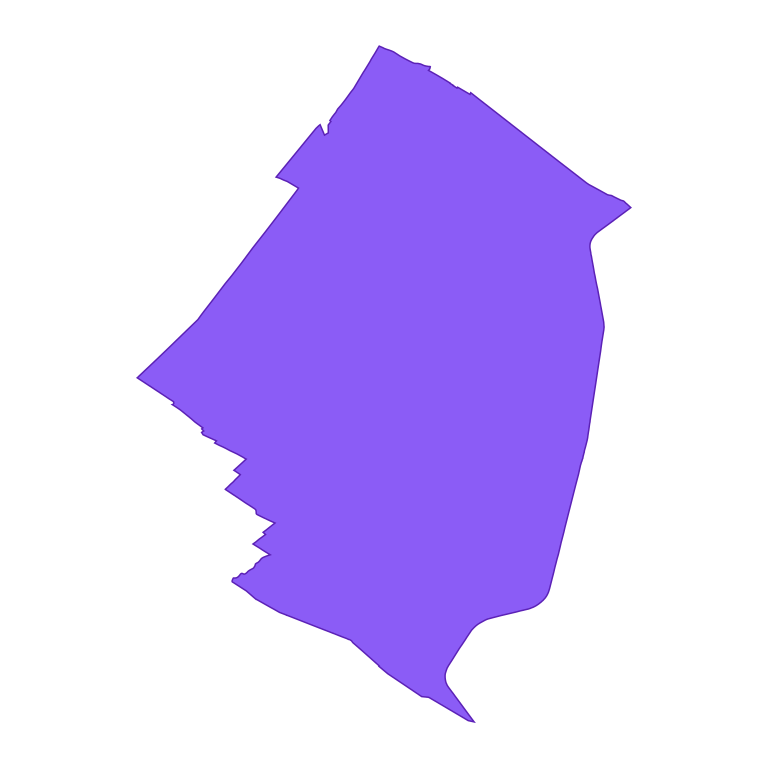 Lisse, Zuid-Holland, Netherlands (Equal Earth projection)
{"feature_id": "6326949B71801070478852", "entity_name": "Lisse", "entity_type": "district", "adm_level": 2, "iso_a3": "NLD", "parent_name": "Netherlands", "parent_adm1": "Zuid-Holland", "projection": "equal_earth", "projection_center": [4.545, 52.254], "detail": "fine", "context": "isolated", "style": "filled", "palette": "violet", "viewbox_px": 768, "rotation_deg": 0, "n_neighbors": 0, "source": "geoboundaries", "source_scale": "gbopen_adm2", "svg_char_len": 6009}
<svg xmlns="http://www.w3.org/2000/svg" viewBox="0 0 768 768"><path d="M630.8,207.6L626.8,203.9L626.1,203.4L624.8,202.1L624.1,201.4L623.5,201.0L623.3,200.9L620.8,200.2L614.3,197.0L612.6,196.1L611.7,195.6L610.9,195.4L609.4,195.2L608.9,195.1L607.4,194.7L599.7,190.4L591.6,186.0L589.9,185.1L588.6,184.4L587.7,183.7L586.7,183.1L583.9,180.9L559.2,161.8L537.5,144.9L493.6,110.6L478.7,99.0L472.9,94.4L470.7,92.7L470.0,94.4L459.2,88.1L457.6,87.2L457.0,88.1L453.1,85.6L453.3,85.4L452.7,85.0L450.1,83.4L450.2,83.1L448.2,81.9L442.7,78.5L437.9,75.7L436.0,74.6L431.2,71.9L428.5,70.4L429.5,69.3L429.8,68.8L430.3,66.7L430.0,66.5L429.3,66.5L428.9,66.5L428.2,66.4L425.8,66.0L424.3,65.6L423.5,65.3L422.2,64.7L420.6,64.0L418.7,63.6L417.9,63.4L415.8,63.4L414.3,63.3L413.8,63.1L412.9,62.8L408.1,60.4L405.2,58.9L399.6,55.8L394.4,52.4L393.8,52.0L391.6,51.0L390.2,50.5L389.4,50.2L386.0,49.1L384.4,48.5L382.9,47.7L379.2,46.1L378.6,47.0L375.4,52.5L372.0,58.0L371.2,59.3L370.1,61.4L367.3,66.0L365.4,69.1L364.6,70.4L363.4,72.2L355.7,85.1L354.0,88.0L353.7,88.4L353.1,89.3L351.0,91.9L345.5,99.5L342.8,103.0L340.8,105.5L339.1,107.4L337.7,109.0L336.8,110.6L335.7,112.6L334.9,113.5L332.4,116.7L329.9,120.5L330.9,121.5L328.6,124.5L328.2,125.1L328.3,132.9L324.5,135.1L320.7,126.1L320.1,124.7L318.6,125.9L318.5,126.0L316.0,128.4L293.8,155.5L276.1,177.1L279.9,178.3L283.5,180.0L287.3,181.5L298.5,188.1L297.0,190.3L276.6,217.2L266.7,230.1L265.4,231.8L255.1,244.9L252.6,248.1L241.3,263.3L231.7,275.7L225.3,283.5L213.5,299.0L204.3,310.9L201.5,314.6L197.8,319.7L188.8,328.4L183.2,333.8L169.4,347.2L164.2,352.2L155.5,360.5L137.2,377.8L140.7,380.1L141.6,380.7L162.1,394.2L169.0,398.8L173.6,401.7L173.6,402.3L173.8,402.9L173.8,403.2L173.8,403.4L173.5,403.8L173.2,404.3L172.3,404.6L176.5,407.3L180.3,409.9L184.4,413.2L191.4,418.9L194.9,422.0L202.9,427.9L201.7,428.9L203.7,431.0L201.6,432.4L203.1,434.8L203.6,435.0L206.8,436.5L216.5,440.9L214.7,443.0L219.2,445.3L223.2,447.1L225.8,448.4L229.9,450.6L235.0,453.0L236.9,453.9L242.6,457.0L245.2,458.6L246.2,459.1L240.5,464.3L233.9,470.3L235.3,471.2L240.3,474.6L239.9,475.1L235.1,479.8L234.7,480.3L233.5,481.6L232.9,482.2L230.7,484.1L227.7,487.1L225.3,489.3L225.6,489.6L228.2,491.3L242.3,500.7L245.2,502.7L247.7,504.3L252.4,507.3L253.1,507.8L254.4,508.6L255.1,509.2L255.6,509.6L255.9,510.2L256.1,511.3L256.2,512.4L256.2,512.7L256.2,513.3L256.3,513.6L256.4,513.9L256.8,514.3L257.6,514.8L259.6,515.8L263.7,517.8L270.5,521.0L275.0,523.0L269.4,527.4L266.3,529.9L263.1,532.3L265.5,534.5L262.3,536.9L259.1,539.2L258.0,540.1L256.0,541.8L253.0,544.0L256.5,546.2L259.8,548.2L262.0,549.7L265.5,551.9L270.2,554.8L267.2,555.8L266.1,556.2L264.1,557.0L263.0,557.5L262.1,558.1L261.7,558.3L261.0,559.0L260.6,559.5L260.2,560.1L259.5,561.0L258.3,562.2L258.0,562.4L256.5,563.2L256.2,563.4L255.8,563.7L255.6,563.9L255.4,564.1L255.4,564.3L254.9,565.9L253.6,568.0L252.6,568.6L251.1,569.4L250.5,569.7L249.3,570.4L248.8,570.8L248.2,571.2L247.6,571.8L247.0,572.5L246.4,573.0L246.1,573.3L245.7,573.5L245.2,573.8L244.8,574.0L244.5,574.1L244.2,574.1L243.8,574.1L243.5,574.0L243.0,573.7L242.7,573.6L242.4,573.5L242.1,573.4L241.8,573.4L241.5,573.4L241.3,573.5L241.0,573.7L240.7,573.9L240.4,574.2L239.9,574.9L239.2,575.7L238.5,576.5L238.0,576.9L237.6,577.2L237.1,577.5L236.8,577.7L236.3,577.8L235.9,577.9L235.5,578.0L234.5,578.0L234.0,578.0L233.4,578.0L233.1,578.5L232.9,578.8L232.7,579.3L232.3,580.2L232.2,580.4L232.2,580.6L232.1,581.1L232.1,581.3L232.1,581.5L232.2,581.8L232.3,581.9L246.3,590.9L253.2,596.9L256.0,599.3L256.1,599.2L270.6,607.4L273.9,609.2L277.4,611.2L279.5,612.4L285.8,614.8L286.4,615.2L286.5,615.1L288.3,615.8L292.2,617.3L295.0,618.4L297.8,619.5L308.5,623.7L342.3,636.9L346.9,638.6L347.4,638.9L348.8,639.5L349.6,639.6L350.1,639.9L351.5,640.8L352.8,642.6L360.6,649.4L367.6,655.6L379.2,665.9L378.9,666.3L387.7,673.7L401.4,682.9L421.7,696.6L427.9,697.2L428.8,697.4L429.4,697.7L450.6,710.2L468.2,720.6L474.1,721.9L468.6,714.5L457.2,699.0L455.1,696.2L452.8,693.0L451.6,691.5L448.8,687.7L448.1,686.7L447.6,686.0L447.3,685.4L446.9,684.7L446.6,683.9L446.2,683.1L445.9,682.3L445.6,681.0L445.3,679.2L445.1,677.4L445.1,675.8L445.1,675.2L445.2,674.3L445.4,673.2L446.0,671.3L446.5,669.8L447.2,667.9L447.7,667.1L448.4,665.8L449.8,663.6L452.5,659.4L459.2,648.7L460.7,646.5L462.3,644.2L465.3,639.7L466.8,637.3L471.5,630.3L472.3,629.4L474.1,627.5L475.5,626.2L476.3,625.5L478.0,624.2L480.1,622.9L483.0,621.3L485.2,620.1L486.5,619.5L487.8,619.0L492.7,617.7L495.8,616.9L501.2,615.5L514.0,612.5L516.1,612.0L518.0,611.5L520.6,610.8L523.4,610.2L524.9,609.8L528.4,609.0L530.2,608.4L531.1,608.0L533.2,607.2L534.8,606.4L536.4,605.5L538.5,604.1L539.4,603.4L541.2,602.0L542.1,601.1L542.9,600.5L543.5,599.8L544.8,598.4L545.4,597.7L546.4,596.2L546.8,595.6L547.6,594.0L548.1,593.0L548.4,592.3L548.6,591.7L549.1,590.2L549.6,588.5L552.7,576.3L553.3,574.0L553.9,571.6L554.6,568.5L555.3,565.7L556.1,562.7L557.1,558.7L558.3,554.6L560.2,546.6L561.2,542.2L561.8,540.0L563.9,531.9L564.9,527.5L566.3,522.0L568.5,513.3L571.7,500.7L575.6,485.3L578.5,474.3L580.5,465.2L581.0,463.7L581.2,462.8L581.9,461.0L582.3,459.5L582.8,458.3L583.0,457.0L583.1,456.4L583.5,454.9L583.9,453.3L584.3,451.9L584.3,451.3L584.5,450.4L584.7,449.6L585.4,447.2L586.8,441.7L587.1,440.5L587.5,438.6L587.7,437.4L587.8,436.4L588.2,433.6L588.5,431.6L588.8,429.9L589.3,426.1L589.5,424.6L589.7,423.3L590.0,421.9L590.1,420.5L594.1,394.1L595.7,383.7L597.1,374.3L597.7,370.3L599.9,355.8L600.6,351.3L601.2,346.6L602.0,341.0L602.3,339.3L603.0,334.8L603.8,329.9L603.9,328.7L604.0,327.8L604.1,326.9L604.0,326.5L603.9,324.9L603.7,322.1L603.4,320.4L601.2,308.3L600.7,305.8L600.3,303.3L599.1,297.0L598.1,291.6L597.5,288.4L596.8,285.4L595.9,281.0L595.0,276.0L594.5,273.8L594.2,272.2L593.8,269.7L593.3,266.8L592.0,259.8L591.9,259.1L591.4,256.1L590.9,254.2L590.8,252.8L590.1,249.0L589.9,247.3L589.9,245.6L590.1,243.7L590.6,241.8L591.0,240.8L592.0,238.8L594.0,235.8L595.1,234.5L597.1,232.6L599.4,230.9L602.1,228.9L608.0,224.6L621.3,214.7L630.8,207.6Z" fill="#8b5cf6" stroke="#5b21b6" stroke-width="1.5"/></svg>